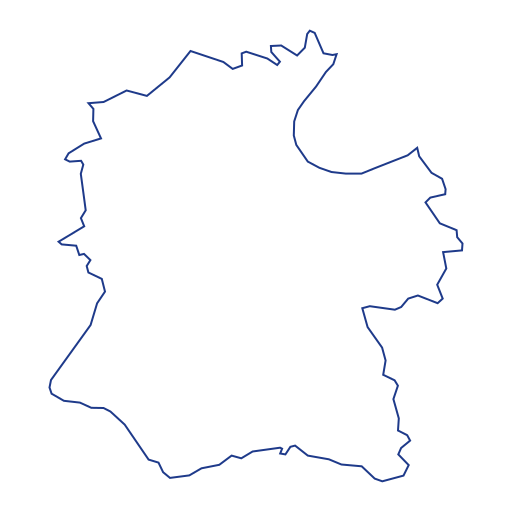 SVG path tracing the border of Wiltshire
{"feature_id": "GBR-2757", "entity_name": "Wiltshire", "entity_type": "Unitary Single-Tier County", "adm_level": 1, "iso_a3": "GBR", "parent_name": "United Kingdom", "parent_adm1": "", "projection": "equal_earth", "projection_center": [-1.898, 51.324], "detail": "fine", "context": "isolated", "style": "outline", "palette": "blue", "viewbox_px": 512, "rotation_deg": 0, "n_neighbors": 0, "source": "natural_earth", "source_scale": "10m", "svg_char_len": 1726}
<svg xmlns="http://www.w3.org/2000/svg" viewBox="0 0 512 512"><path d="M309.8,30.7L314.7,32.9L323.5,53.3L332.5,55.0L336.6,54.2L333.3,64.2L325.9,72.0L316.1,86.5L304.1,101.1L297.9,110.0L294.2,121.4L293.8,135.5L296.3,144.9L307.8,161.6L319.4,167.8L331.4,172.0L345.8,173.6L361.5,173.6L374.3,168.4L391.6,161.6L407.7,155.3L417.2,147.8L419.2,156.3L431.5,172.8L442.1,178.8L445.6,189.2L445.2,194.2L430.3,197.6L425.5,202.4L439.8,223.3L456.6,230.2L457.2,237.2L462.5,243.5L462.0,250.4L443.1,252.1L446.3,268.5L437.2,284.7L442.7,298.6L437.6,303.2L417.9,295.5L408.2,298.6L401.2,307.0L394.9,309.7L369.8,306.2L362.3,308.2L367.6,327.1L382.1,347.6L385.6,360.5L383.2,374.8L394.6,380.3L397.9,385.7L393.4,399.1L398.8,418.4L398.0,430.5L407.2,435.2L410.1,440.6L401.1,448.0L398.3,454.4L408.7,465.1L403.5,475.6L382.3,481.3L374.7,478.6L361.7,466.3L341.4,464.5L328.9,459.3L307.8,455.6L295.1,445.6L290.4,446.8L285.4,454.4L280.2,453.5L282.1,448.7L280.1,447.7L252.6,451.5L241.3,458.3L231.6,455.6L219.3,464.8L201.5,468.3L189.3,475.4L170.0,477.9L163.1,472.2L158.5,462.6L148.6,459.6L124.7,424.6L110.4,411.5L103.5,408.0L91.3,407.8L79.9,402.6L63.9,400.8L51.6,393.7L49.5,387.5L51.0,380.0L90.6,325.0L97.1,303.3L105.0,291.6L101.8,278.9L88.4,272.5L86.7,266.0L90.4,260.1L84.0,253.9L79.3,255.0L76.2,245.7L61.7,244.4L58.6,241.7L84.2,226.3L80.9,218.1L85.7,210.3L84.0,197.5L80.8,173.8L83.3,164.6L81.1,160.8L69.7,161.6L65.1,159.3L68.6,153.3L84.2,143.6L101.0,138.4L93.1,121.2L93.4,108.9L88.5,103.2L103.6,102.0L126.6,90.5L146.9,95.9L169.6,77.4L190.5,51.0L223.4,62.0L232.7,68.9L242.1,65.5L241.7,53.4L246.2,51.7L267.3,58.5L277.2,65.0L279.9,61.7L271.3,52.0L270.9,46.0L281.2,45.5L297.1,55.5L304.8,47.7L307.2,34.0L309.8,30.7Z" fill="none" stroke="#1e3a8a" stroke-width="2"/></svg>